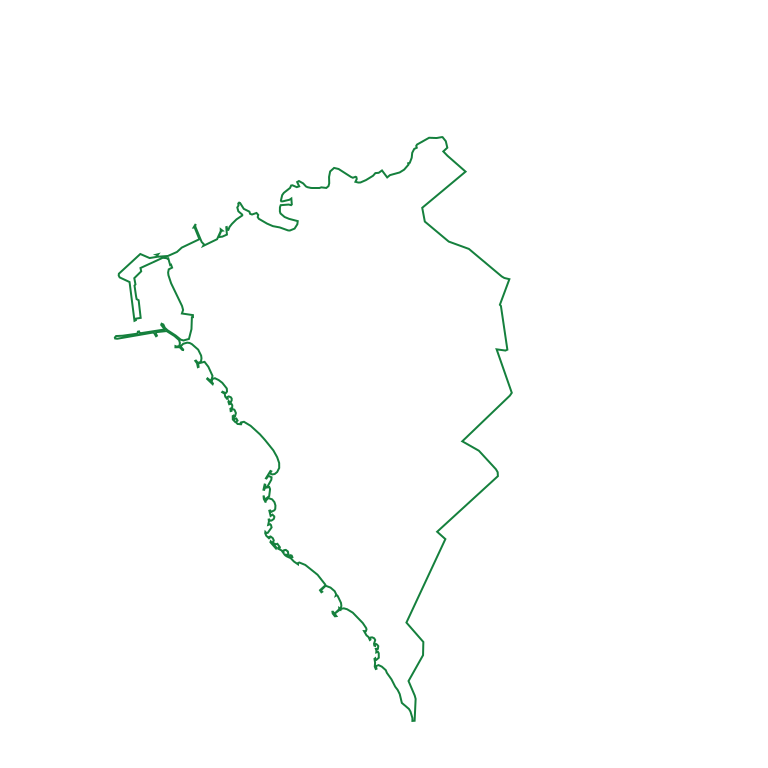 the district of Mangalia, Constanta, Romania, rotated 136°
{"feature_id": "2599482B15082485169173", "entity_name": "Mangalia", "entity_type": "district", "adm_level": 2, "iso_a3": "ROU", "parent_name": "Romania", "parent_adm1": "Constanta", "projection": "equal_earth", "projection_center": [28.576, 43.845], "detail": "fine", "context": "isolated", "style": "outline", "palette": "green", "viewbox_px": 768, "rotation_deg": 136, "n_neighbors": 0, "source": "geoboundaries", "source_scale": "gbopen_adm2", "svg_char_len": 6166}
<svg xmlns="http://www.w3.org/2000/svg" viewBox="0 0 768 768"><g transform="rotate(136 384 384)"><path d="M221.0,372.3L223.8,376.7L224.6,379.6L229.1,422.2L238.5,441.5L241.8,472.5L234.1,484.2L177.8,480.1L179.8,504.1L179.8,510.1L174.3,510.0L170.9,515.7L170.4,520.9L171.0,521.5L175.3,524.4L180.5,529.8L193.9,533.3L195.4,532.9L196.3,531.2L199.0,532.1L203.1,530.7L206.9,527.5L211.8,525.2L213.3,526.0L213.9,524.8L220.6,524.2L225.8,525.3L234.6,530.1L238.2,530.4L237.1,539.0L241.1,539.6L243.7,541.7L247.2,541.4L255.3,543.2L260.9,545.3L262.5,546.7L264.1,549.3L261.2,550.4L260.2,552.0L260.5,552.8L263.1,554.0L263.9,555.8L267.3,570.2L269.8,574.1L275.1,574.3L279.7,571.1L284.0,566.4L286.5,564.9L289.3,565.1L292.5,569.0L294.4,569.9L300.3,575.7L302.3,578.7L302.9,580.3L302.8,584.5L304.2,589.1L306.2,589.6L307.7,585.1L310.0,586.2L311.8,590.5L312.9,591.3L315.4,590.3L323.2,591.1L326.0,590.6L330.7,587.6L331.0,586.8L329.9,585.7L324.0,582.2L321.8,581.8L325.6,577.2L326.6,577.2L327.9,579.3L334.1,584.4L336.1,583.4L339.0,580.5L340.0,578.6L339.5,573.2L337.6,568.8L332.9,561.1L335.4,559.1L340.4,557.9L345.1,559.8L346.3,561.1L350.2,569.0L354.3,574.8L356.7,580.6L359.3,589.8L358.9,591.8L357.0,593.0L356.9,595.6L361.2,597.6L362.1,599.4L361.1,601.5L363.2,607.4L361.8,614.1L362.2,615.1L363.4,615.1L364.6,613.5L366.9,612.9L368.8,609.4L368.3,604.4L368.9,603.7L375.8,604.9L382.1,604.8L385.9,604.3L388.9,603.0L389.6,603.8L388.1,606.2L388.5,606.4L393.2,600.6L397.9,602.3L401.0,604.6L394.7,607.2L393.7,606.5L394.0,608.7L395.2,607.4L403.5,604.1L418.1,608.9L416.5,609.4L416.5,612.8L410.8,627.4L410.0,628.9L408.3,629.9L412.3,628.8L411.5,628.1L416.2,616.4L434.7,622.6L441.2,622.8L450.5,626.2L458.2,632.6L457.3,634.2L456.4,634.3L458.0,635.2L457.6,634.4L458.7,633.0L465.1,637.4L469.0,646.8L498.1,647.5L499.5,646.3L500.1,644.3L496.2,634.1L519.6,602.8L518.1,602.3L517.3,603.5L513.1,600.6L502.3,614.7L503.0,616.9L501.3,619.5L495.1,628.1L493.6,628.3L490.1,633.6L480.4,633.7L478.6,636.6L455.5,628.5L452.5,625.0L452.7,624.5L451.9,624.2L455.2,618.1L454.3,617.8L455.6,614.9L459.2,616.0L461.8,614.2L463.5,612.0L467.2,604.3L475.1,580.4L477.1,576.8L480.4,575.1L473.6,566.3L475.0,564.8L475.8,565.5L484.4,557.2L493.0,551.9L498.0,554.6L499.4,557.1L500.2,563.6L502.4,573.1L502.6,576.7L501.4,580.1L502.1,581.8L503.2,581.3L503.8,575.7L504.2,575.8L523.5,589.4L524.3,590.6L523.7,592.0L524.7,592.6L526.4,591.5L538.5,600.3L543.4,604.6L545.3,604.4L545.8,603.5L544.5,601.9L514.9,581.8L513.9,580.6L514.8,576.7L513.8,576.5L512.9,579.0L511.8,579.5L503.6,573.1L501.4,564.1L500.9,558.0L502.3,555.3L504.7,553.5L507.1,554.8L507.7,556.1L508.5,555.3L505.4,552.4L505.4,548.6L504.9,548.0L504.5,548.3L504.3,551.7L503.3,552.4L500.5,552.4L496.9,550.5L495.3,548.5L494.5,546.1L493.8,537.8L495.8,531.5L497.4,529.3L499.9,527.4L501.0,527.4L503.2,528.5L503.0,531.5L503.7,531.7L504.1,528.8L506.2,525.4L505.5,525.1L503.4,527.9L497.7,524.6L498.4,518.4L501.7,509.0L504.5,507.2L506.6,507.1L507.0,510.6L507.7,510.5L507.4,502.9L506.7,503.2L506.5,505.2L504.0,506.9L501.6,505.6L500.2,501.7L499.5,497.2L500.2,490.0L502.1,487.7L503.6,487.3L504.3,487.6L505.5,490.6L506.1,490.5L505.3,487.7L507.0,485.2L507.2,482.3L506.6,482.1L506.0,483.5L504.3,482.9L503.4,480.9L503.7,479.3L505.0,478.0L506.7,477.5L507.6,478.0L507.6,479.6L508.3,479.3L509.4,477.0L507.5,475.9L507.9,474.1L509.6,472.5L511.7,472.9L513.1,471.0L512.4,470.6L511.3,471.8L509.7,470.1L509.6,468.9L510.7,466.0L513.5,464.3L514.8,464.7L514.3,465.8L515.1,466.0L517.4,463.5L517.4,461.4L515.7,463.1L514.2,461.8L514.8,459.4L517.0,459.6L517.1,457.0L514.8,454.3L514.3,454.5L514.4,455.5L513.6,455.7L511.0,454.1L509.0,446.6L508.2,433.9L508.5,426.4L509.7,413.1L511.7,405.6L514.3,400.0L517.7,396.4L522.0,394.9L525.2,395.2L527.2,396.6L528.3,399.0L525.8,399.5L526.1,400.3L534.4,398.2L534.2,397.7L530.9,398.2L529.7,395.0L531.6,393.4L538.9,391.2L541.3,392.6L539.4,394.1L539.7,394.6L544.1,391.7L543.7,391.1L541.9,392.0L538.1,389.6L539.0,387.5L544.5,383.1L549.4,383.5L549.8,384.1L548.1,387.5L550.3,384.8L551.4,380.9L550.3,382.2L546.4,382.3L544.6,378.7L544.9,375.1L546.5,372.0L549.0,369.7L550.6,369.3L553.8,370.3L553.7,372.1L554.5,372.5L557.2,367.9L555.0,367.5L554.9,365.0L555.8,364.1L557.2,363.5L559.7,363.9L560.9,364.8L560.6,366.3L561.1,366.6L562.2,365.1L565.2,363.1L563.3,362.2L563.3,361.0L564.5,358.9L571.0,357.7L572.1,358.4L572.1,360.0L573.1,359.2L574.1,356.6L573.9,352.9L573.2,352.8L572.7,353.7L571.5,353.1L571.1,350.4L571.9,348.1L573.1,347.5L574.8,347.8L574.8,349.5L575.6,349.1L576.0,340.7L575.1,341.0L574.9,346.1L574.0,346.1L573.1,343.8L571.7,343.1L572.3,338.9L573.2,338.4L573.7,339.4L574.5,339.0L573.3,335.4L573.8,332.0L572.0,334.0L571.2,333.8L569.9,332.9L569.5,330.3L571.1,327.9L571.9,327.9L573.6,329.9L573.9,328.1L572.6,324.8L571.8,325.0L571.3,326.1L570.2,325.8L569.6,324.7L570.2,323.1L572.1,323.8L572.1,318.8L571.1,314.0L570.1,314.9L568.9,314.4L566.3,308.5L564.3,292.9L565.6,280.4L566.1,279.9L573.3,280.1L573.7,277.7L572.8,277.5L572.9,279.4L566.1,279.4L563.9,274.7L563.4,269.2L564.5,265.9L565.8,265.2L564.6,264.9L564.6,263.6L567.0,256.4L568.8,254.0L570.5,253.0L571.6,253.0L571.8,254.0L572.6,253.1L579.1,253.1L578.9,255.7L579.3,256.0L580.3,254.6L580.7,251.0L579.5,250.1L579.1,252.9L577.3,252.9L572.5,252.3L572.2,251.6L571.0,252.1L568.7,250.5L567.0,247.6L565.3,241.2L565.3,226.8L566.4,220.7L567.1,219.6L568.8,218.8L570.0,220.1L571.2,215.4L570.9,212.7L572.0,209.7L571.3,209.6L570.6,210.9L569.5,210.8L568.4,209.8L567.7,207.9L568.2,205.9L571.6,204.1L572.7,202.5L572.4,201.9L571.5,203.0L570.4,202.6L570.0,201.2L570.2,199.4L572.4,197.7L573.8,198.1L573.5,198.8L573.9,199.1L574.7,197.4L576.0,196.3L574.4,195.6L574.8,194.0L577.9,190.7L581.3,190.9L581.7,191.6L580.9,192.8L581.8,192.9L584.0,189.7L587.0,187.1L587.9,184.7L587.2,184.4L585.9,186.7L583.2,185.6L581.9,182.2L581.5,176.9L582.6,174.2L583.8,166.3L586.2,158.5L586.7,154.4L588.1,150.0L592.7,142.2L591.8,132.9L592.5,130.0L595.6,124.0L597.6,121.9L595.9,120.5L580.0,135.5L578.3,138.6L572.7,153.3L544.3,161.8L534.9,171.1L533.6,196.8L447.6,229.8L448.4,240.8L366.1,238.6L363.5,241.6L362.7,245.0L362.1,270.1L367.5,288.4L301.5,288.2L298.2,288.9L278.9,330.7L273.4,323.7L271.4,323.0L245.7,358.9L245.6,360.5L221.0,372.3Z" fill="none" stroke="#15803d" stroke-width="2"/></g></svg>